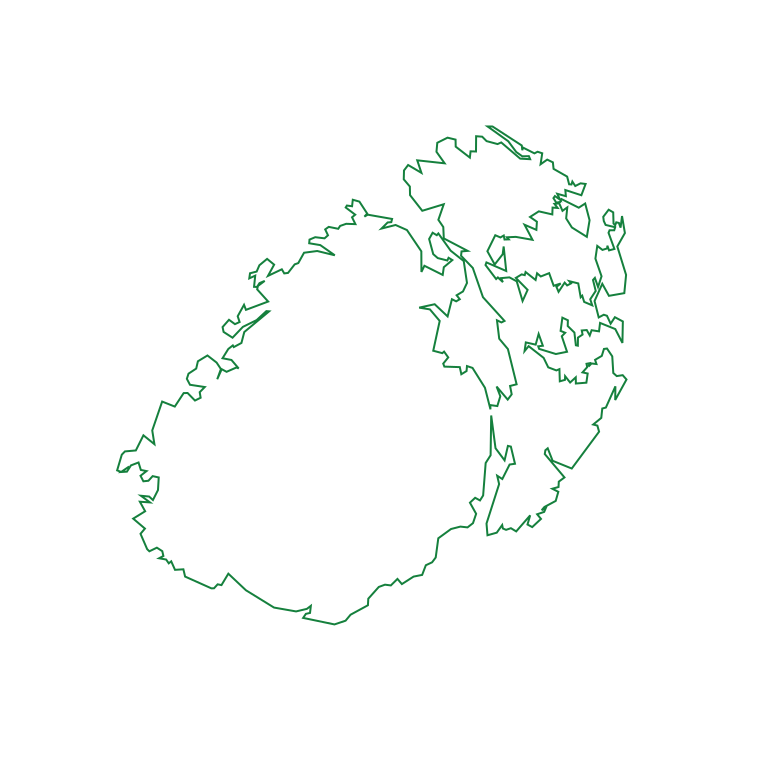 Fedje nor, Norway (orthographic projection), rotated 69°
{"feature_id": "86288312B30337724533689", "entity_name": "Fedje nor", "entity_type": "district", "adm_level": 2, "iso_a3": "NOR", "parent_name": "Norway", "parent_adm1": "", "projection": "orthographic", "projection_center": [4.716, 60.769], "detail": "fine", "context": "isolated", "style": "outline", "palette": "green", "viewbox_px": 768, "rotation_deg": 69, "n_neighbors": 0, "source": "geoboundaries", "source_scale": "gbopen_adm2", "svg_char_len": 6165}
<svg xmlns="http://www.w3.org/2000/svg" viewBox="0 0 768 768"><g transform="rotate(69 384 384)"><path d="M329.4,105.0L312.5,101.6L322.8,107.1L317.8,107.0L316.3,109.2L318.7,111.3L316.4,112.2L305.9,108.5L301.8,111.8L306.5,119.4L310.6,120.4L314.9,120.1L320.5,112.0L323.0,114.0L321.3,118.3L323.3,120.2L340.5,120.5L339.9,126.0L334.9,125.9L337.4,127.0L337.1,132.0L331.5,135.4L342.7,141.7L361.4,142.3L370.1,149.4L360.5,149.1L361.8,151.6L373.0,153.0L378.8,161.1L385.2,161.4L379.1,167.7L372.6,167.3L373.5,169.3L359.7,166.6L354.4,174.2L357.1,173.3L357.6,177.7L354.1,179.0L360.5,188.0L355.1,188.2L353.5,183.0L353.1,190.4L339.7,190.1L339.8,199.1L335.5,201.4L341.2,205.2L330.2,211.7L332.8,213.6L331.0,216.2L332.2,222.9L347.6,216.2L356.2,224.9L335.7,223.3L329.4,228.7L327.1,236.8L331.5,236.5L325.3,239.5L326.2,241.7L309.3,246.6L307.2,244.8L322.3,229.4L298.5,223.0L305.4,226.7L312.1,237.8L297.1,239.9L285.0,226.8L288.9,222.8L288.3,219.0L292.3,219.7L293.7,215.7L291.1,216.6L293.9,208.2L302.6,193.7L285.7,195.7L294.7,186.5L287.3,183.1L280.4,187.8L278.3,177.6L286.0,166.1L279.7,163.4L281.9,158.8L276.9,160.3L278.1,155.7L286.3,155.3L284.8,149.6L294.7,154.6L305.2,152.5L319.3,141.9L304.8,133.4L287.6,131.5L289.2,139.0L275.0,152.0L277.2,154.2L276.4,158.2L271.2,159.2L269.8,157.1L275.0,153.6L268.5,154.1L273.8,146.9L267.9,145.2L278.5,132.1L269.5,124.1L267.1,128.6L267.7,134.5L262.5,135.6L264.9,137.5L263.9,139.6L256.0,138.7L243.9,148.6L237.6,146.9L233.0,151.2L235.0,159.1L225.3,153.6L222.2,157.4L222.6,160.9L213.1,169.5L215.3,171.1L210.7,169.9L182.5,190.4L180.7,195.0L201.9,181.0L214.8,177.4L221.0,173.3L223.2,167.1L226.5,167.0L222.4,176.1L200.5,188.0L200.7,192.0L194.0,201.2L188.3,203.7L185.7,209.2L199.9,214.8L197.8,219.8L203.4,222.7L188.1,232.0L181.5,229.6L176.8,236.4L177.9,247.8L186.0,251.8L199.7,248.3L187.1,272.8L200.3,273.4L188.2,283.0L191.8,288.8L200.0,292.2L208.9,289.1L217.0,292.0L236.0,286.2L237.6,263.8L250.2,274.4L258.7,272.4L269.5,276.0L289.7,258.2L288.0,264.1L291.9,266.1L307.5,259.5L338.4,260.5L368.3,248.9L368.6,252.3L365.0,255.7L383.0,260.2L395.8,255.8L431.8,260.3L431.0,267.0L439.4,268.5L442.9,274.1L426.7,279.8L437.1,279.8L445.2,286.1L441.8,292.3L445.8,293.7L423.7,291.1L400.7,295.6L397.0,300.1L401.5,302.3L402.6,308.3L395.4,307.2L389.4,321.4L386.2,321.4L382.2,314.5L375.3,316.3L376.1,318.5L370.6,326.1L345.1,309.4L330.8,314.4L325.3,323.8L327.7,308.1L343.7,300.4L329.2,290.2L332.7,287.0L332.0,282.9L327.2,284.4L325.9,277.1L319.4,270.3L297.8,265.5L283.4,274.0L262.9,279.3L264.0,281.4L260.2,284.4L264.8,289.9L280.4,291.5L285.7,288.7L291.4,280.6L289.3,278.5L292.8,275.8L296.4,286.3L303.2,290.1L288.1,303.9L292.8,308.9L273.5,301.6L248.5,307.4L239.7,316.2L238.0,330.6L234.5,322.7L235.5,319.2L232.8,317.3L220.1,338.5L220.7,342.3L218.9,338.6L204.9,341.6L200.8,347.1L206.6,350.1L204.1,354.7L205.5,356.5L215.6,350.2L216.9,354.1L224.5,353.4L220.9,361.9L220.7,368.3L222.7,371.1L217.5,379.3L218.6,383.5L225.1,383.0L226.7,387.3L222.3,395.6L222.5,401.8L225.8,403.4L231.5,393.7L246.2,383.8L235.9,398.7L232.8,411.6L240.4,420.7L240.3,424.5L245.9,433.8L245.0,437.5L240.3,438.3L241.5,453.6L233.2,443.8L225.3,448.3L228.5,457.8L233.4,462.6L232.6,469.4L237.1,471.9L236.7,465.4L246.7,470.5L247.9,467.8L245.2,464.1L245.0,458.4L247.3,466.6L250.2,468.5L265.5,462.6L265.3,486.3L259.9,486.3L268.3,496.3L274.4,496.6L274.7,501.7L268.5,505.7L273.0,514.3L277.9,515.1L286.5,508.8L280.1,495.3L278.7,480.0L273.8,467.7L275.0,465.2L285.4,495.8L294.6,502.4L295.7,511.0L293.8,511.3L295.5,516.8L302.1,525.5L306.9,517.8L317.4,514.1L315.7,515.8L316.2,526.6L312.0,530.2L319.8,538.0L311.6,530.9L304.0,532.6L294.1,538.6L296.1,549.6L302.3,553.8L304.3,562.8L308.5,566.2L315.2,565.4L322.6,552.4L325.6,559.0L331.1,560.1L331.7,566.4L322.0,570.6L320.7,574.3L330.1,587.4L320.9,597.4L344.3,617.0L357.9,619.9L345.7,627.0L357.1,639.5L354.1,650.0L356.0,654.1L369.0,664.1L371.9,660.9L369.7,651.5L372.0,660.8L373.7,655.4L369.3,649.4L369.3,641.3L377.1,641.8L380.2,636.9L382.4,644.2L388.6,643.5L389.9,638.6L387.1,633.0L390.5,627.8L402.0,633.0L409.5,641.3L404.9,643.6L401.2,651.0L410.7,644.9L406.4,654.1L417.2,652.6L419.8,666.4L433.3,659.0L436.6,665.0L453.3,664.3L456.1,663.0L455.4,654.7L460.6,650.9L465.5,651.6L466.1,656.4L469.8,650.3L474.3,649.2L473.3,646.2L482.6,645.7L485.1,637.7L492.5,638.7L512.9,618.4L513.8,615.9L511.4,611.1L513.5,607.8L505.3,597.3L527.1,586.8L553.3,566.8L564.8,547.6L566.3,536.6L564.9,531.8L571.2,535.1L570.6,539.3L573.4,543.3L590.7,516.4L591.2,504.7L587.4,497.9L584.8,478.3L578.8,475.6L571.6,461.6L571.7,455.0L574.5,449.8L570.8,441.3L577.2,439.0L574.4,425.4L575.9,416.8L568.2,409.9L567.7,403.0L564.5,397.9L547.5,388.6L543.4,373.4L544.5,363.8L547.8,357.4L545.8,350.8L538.2,344.5L525.6,346.3L522.9,339.7L527.1,336.1L523.6,331.4L494.2,317.4L488.7,310.0L451.8,295.2L483.9,302.9L498.5,298.8L486.2,290.5L487.9,288.0L505.4,290.3L504.2,295.6L515.1,307.6L510.2,311.2L518.7,312.4L551.0,338.3L562.3,341.6L563.2,332.0L558.0,324.2L561.5,324.8L563.9,322.3L564.1,317.2L569.0,313.4L559.0,294.6L566.6,300.4L570.7,296.9L566.2,285.8L560.5,287.7L560.8,280.3L557.9,277.5L558.3,282.0L556.3,278.3L554.7,265.6L547.1,259.9L542.1,264.4L542.7,258.0L537.8,255.8L535.9,249.0L507.0,259.0L503.7,257.1L502.7,254.2L516.1,254.1L530.2,239.0L505.6,200.3L499.3,199.7L496.8,203.2L493.5,193.3L485.1,189.0L485.5,185.3L469.1,168.8L481.8,173.9L466.7,156.0L461.3,158.0L460.0,163.9L455.9,166.0L440.0,161.0L430.8,163.1L430.1,166.1L435.8,170.6L437.1,178.3L441.5,178.5L439.2,182.9L441.0,186.8L438.3,184.5L437.7,187.7L441.1,188.3L444.3,194.5L447.2,190.1L455.3,194.6L452.3,204.7L446.5,202.6L449.3,209.7L441.6,212.1L445.0,213.6L444.5,218.9L433.0,214.9L433.1,218.2L427.3,224.7L416.8,225.6L400.5,235.4L403.7,241.0L396.0,236.7L401.6,228.3L392.7,221.7L405.2,222.0L404.1,226.5L406.8,226.6L417.6,212.8L419.5,201.6L403.1,200.9L401.1,196.5L397.7,200.1L386.0,193.7L390.4,189.5L395.7,191.7L404.2,187.8L416.6,191.0L417.7,189.3L410.2,186.3L409.0,180.9L404.9,180.2L406.3,175.4L412.4,174.5L408.2,170.9L411.9,164.4L404.4,160.4L415.6,148.4L431.1,146.7L411.2,138.6L404.4,144.5L408.9,150.8L400.2,151.4L398.1,154.0L398.8,159.7L382.0,157.7L368.7,144.3L382.3,142.4L385.3,127.1L368.9,118.9L339.2,116.9L329.4,105.0Z" fill="none" stroke="#15803d" stroke-width="2"/></g></svg>